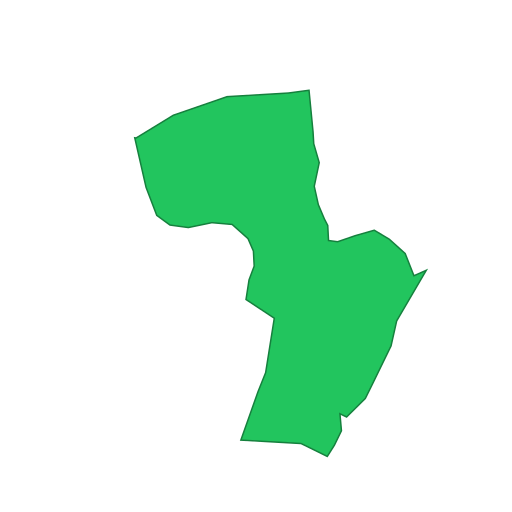 Seocho-gu, Seoul, South Korea (Albers equal-area conic projection), rotated 206°
{"feature_id": "91817680B5725333816693", "entity_name": "Seocho-gu", "entity_type": "district", "adm_level": 2, "iso_a3": "KOR", "parent_name": "South Korea", "parent_adm1": "Seoul", "projection": "albers", "projection_center": [127.03, 37.463], "detail": "fine", "context": "isolated", "style": "filled", "palette": "green", "viewbox_px": 512, "rotation_deg": 206, "n_neighbors": 0, "source": "geoboundaries", "source_scale": "gbopen_adm2", "svg_char_len": 776}
<svg xmlns="http://www.w3.org/2000/svg" viewBox="0 0 512 512"><g transform="rotate(206 256 256)"><path d="M416.8,309.1L384.9,269.5L363.0,249.0L346.9,246.1L329.3,251.9L310.3,266.6L291.3,273.9L270.8,268.1L260.5,259.3L253.2,246.1L251.8,231.5L245.9,212.5L212.3,208.1L196.2,155.4L194.7,134.9L188.9,83.9L133.3,107.2L104.1,107.1L103.9,108.6L102.6,120.3L102.6,136.4L111.4,151.0L104.0,151.0L95.3,175.9L95.2,192.0L95.2,215.4L95.2,234.4L101.1,259.3L100.8,263.4L96.7,317.8L98.3,315.9L105.4,307.5L123.0,323.6L143.5,329.5L161.0,331.0L175.7,317.8L188.9,304.6L197.6,301.7L204.9,314.9L210.8,319.3L222.5,329.5L234.2,344.2L240.1,367.6L253.3,382.2L259.1,392.5L281.0,428.2L298.3,416.7L351.9,386.5L392.0,346.3L415.5,309.5L416.8,309.1Z" fill="#22c55e" stroke="#15803d" stroke-width="1.5"/></g></svg>